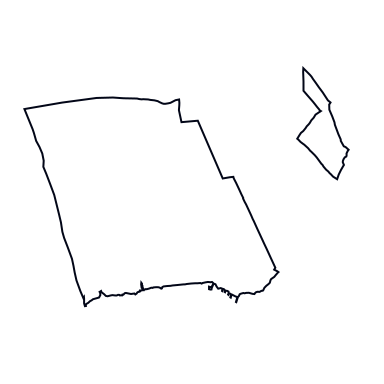 Aana Alofi III, Aiga-i-le-Tai, Samoa (Equal Earth projection), rotated 175°
{"feature_id": "51752279B31519013517302", "entity_name": "Aana Alofi III", "entity_type": "district", "adm_level": 2, "iso_a3": "WSM", "parent_name": "Samoa", "parent_adm1": "Aiga-i-le-Tai", "projection": "equal_earth", "projection_center": [-172.012, -13.853], "detail": "fine", "context": "isolated", "style": "outline", "palette": "ink", "viewbox_px": 384, "rotation_deg": 175, "n_neighbors": 0, "source": "geoboundaries", "source_scale": "gbopen_adm2", "svg_char_len": 3618}
<svg xmlns="http://www.w3.org/2000/svg" viewBox="0 0 384 384"><g transform="rotate(175 192 192)"><path d="M308.6,87.6L307.6,87.7L307.7,88.7L307.2,89.6L304.9,90.7L303.2,92.1L301.5,92.8L300.0,93.8L294.7,94.8L293.8,95.0L292.3,97.3L292.3,99.9L292.7,100.5L291.2,101.3L290.9,100.1L288.3,97.7L287.5,96.7L286.9,96.0L285.2,95.5L281.6,96.1L280.1,96.2L278.0,95.7L276.0,95.5L274.6,96.0L273.3,95.8L272.8,95.2L272.1,95.3L270.6,95.1L270.2,95.9L269.3,95.7L267.9,97.0L266.7,97.2L261.6,95.7L260.2,95.8L258.2,95.9L257.4,94.9L256.1,95.6L255.0,96.9L253.5,97.2L252.6,98.2L252.3,97.6L251.0,98.5L249.0,98.4L249.4,99.9L250.5,100.9L250.7,104.4L250.4,106.0L249.8,105.0L250.0,103.8L249.5,102.8L249.6,101.5L248.8,99.5L248.3,98.7L246.4,99.3L245.7,99.1L243.3,99.5L240.9,100.2L239.5,99.9L238.9,100.3L235.8,100.3L233.5,100.0L232.1,99.3L231.1,98.4L230.4,98.6L229.9,99.8L228.6,100.4L225.2,100.5L221.6,100.4L219.4,100.6L215.1,100.6L209.0,100.7L206.8,100.6L205.3,100.8L200.8,100.9L196.5,100.8L194.2,100.6L191.6,100.6L190.3,99.9L189.5,100.4L186.5,100.8L184.0,101.0L181.4,100.5L179.9,100.6L178.5,99.1L180.5,96.1L181.4,95.5L183.3,96.2L183.5,93.7L182.2,93.2L181.1,93.2L180.7,94.7L178.8,98.2L178.0,98.6L176.7,98.1L175.7,95.6L174.3,93.4L171.9,93.8L170.7,93.3L170.2,92.6L170.7,90.8L170.4,90.6L169.7,92.8L168.8,92.5L167.7,91.2L168.1,89.5L167.8,89.3L167.3,90.8L165.5,90.4L164.3,89.6L164.3,88.0L165.0,86.7L164.7,86.4L164.0,87.7L163.0,87.5L162.1,86.8L162.1,86.0L163.0,83.7L162.6,83.4L161.6,86.1L161.1,86.3L157.8,84.2L156.2,83.5L156.1,82.9L157.8,78.6L157.5,78.4L155.5,83.2L154.2,84.5L153.4,86.0L152.3,86.4L149.7,86.9L148.4,86.5L146.7,86.8L144.0,86.6L140.7,85.3L138.7,84.9L137.9,85.9L136.9,86.6L135.4,86.9L133.4,86.6L131.4,87.5L130.1,87.5L129.6,87.9L128.2,90.3L126.0,92.2L124.7,93.0L122.8,94.4L122.3,95.0L121.5,97.3L120.7,98.4L117.4,100.3L116.1,101.7L113.2,104.5L112.9,104.7L113.8,105.5L116.9,107.5L115.6,109.3L119.2,119.3L122.7,129.1L124.5,133.9L126.4,139.2L130.2,149.7L133.0,157.7L133.9,159.9L135.1,163.6L139.2,174.9L140.4,177.6L141.7,181.1L141.5,181.6L143.0,185.4L144.7,190.2L147.3,197.3L149.2,201.9L149.5,203.5L153.1,203.4L157.8,203.0L160.2,202.8L180.0,262.5L196.4,262.5L197.9,274.7L197.1,279.4L196.8,281.9L196.8,285.3L200.4,284.9L205.7,282.7L208.0,282.4L210.8,282.2L212.4,282.3L214.0,282.9L216.6,284.4L218.2,285.5L221.5,286.6L225.6,287.4L227.5,288.0L232.5,288.7L234.2,288.7L236.5,289.2L238.6,289.9L251.6,291.3L255.0,291.8L262.5,293.0L278.8,294.0L313.6,292.4L332.8,290.8L348.6,289.5L351.7,289.2L345.3,268.5L344.4,264.8L342.8,256.5L340.0,250.1L337.8,243.4L337.0,236.1L337.9,230.0L335.6,222.8L332.5,211.9L329.5,201.0L326.4,181.3L325.2,173.1L324.6,163.6L323.4,157.4L320.6,147.7L317.4,135.9L316.5,128.7L315.9,122.1L314.8,114.0L311.9,103.2L309.5,95.8L308.8,96.7L308.8,95.0L309.2,90.5L308.6,87.6ZM70.3,305.6L70.8,301.9L71.3,292.4L72.1,283.1L68.8,278.5L63.7,271.5L61.7,268.5L60.1,266.0L58.0,263.0L57.7,262.2L56.6,261.4L62.2,258.3L64.3,255.4L66.9,253.0L68.6,250.6L69.8,249.3L72.0,247.4L73.3,245.7L75.9,243.0L78.3,241.4L79.9,239.4L82.5,235.9L81.4,234.8L79.6,232.5L77.3,230.4L76.1,229.4L72.5,225.5L70.7,222.8L69.8,221.9L66.5,218.0L64.7,215.5L60.6,208.7L59.7,207.8L58.8,205.9L56.4,202.5L54.4,200.5L53.2,198.7L52.2,197.7L50.1,195.0L46.3,192.1L44.3,196.6L41.7,200.9L39.2,204.5L38.3,205.7L39.2,208.5L39.0,209.7L38.2,211.4L36.8,213.2L35.2,213.9L34.8,215.0L34.7,216.9L33.3,219.3L32.3,220.4L34.5,222.8L35.1,223.4L36.8,224.3L39.3,229.9L39.3,231.5L41.1,236.7L43.8,246.5L44.0,249.0L45.7,255.1L48.0,262.0L47.7,267.2L46.6,268.5L46.2,269.1L48.6,271.4L53.1,279.8L56.5,285.3L59.8,291.0L61.5,293.8L62.9,296.5L64.2,298.3L70.3,305.6Z" fill="none" stroke="#020617" stroke-width="2"/></g></svg>